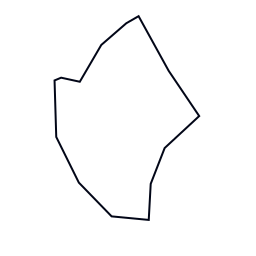 the Parish of Saint Patrick, rotated 236°
{"feature_id": "GRD-5075", "entity_name": "Saint Patrick", "entity_type": "Parish", "adm_level": 1, "iso_a3": "GRD", "parent_name": "Grenada", "parent_adm1": "", "projection": "albers", "projection_center": [-61.638, 12.208], "detail": "fine", "context": "isolated", "style": "outline", "palette": "ink", "viewbox_px": 256, "rotation_deg": 236, "n_neighbors": 0, "source": "natural_earth", "source_scale": "10m", "svg_char_len": 334}
<svg xmlns="http://www.w3.org/2000/svg" viewBox="0 0 256 256"><g transform="rotate(236 128 128)"><path d="M40.2,93.8L63.9,65.0L110.2,56.7L160.7,63.5L208.5,93.7L207.1,100.7L193.3,113.9L211.8,152.3L215.8,185.2L214.8,199.3L152.7,193.7L98.1,193.7L90.9,147.2L69.0,115.6L40.2,93.8Z" fill="none" stroke="#020617" stroke-width="2"/></g></svg>